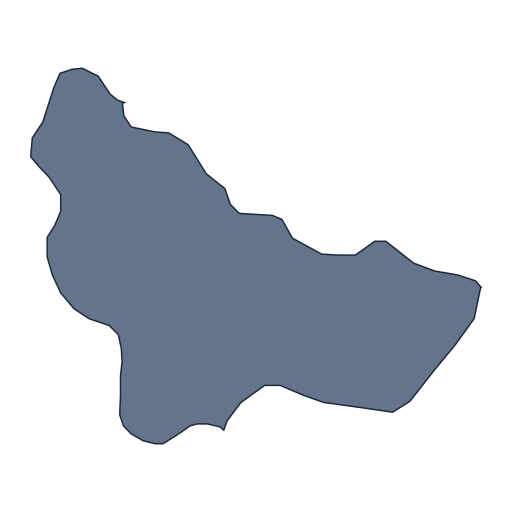 the border of Mogila
{"feature_id": "MKD-2945", "entity_name": "Mogila", "entity_type": "Statistical Region", "adm_level": 1, "iso_a3": "MKD", "parent_name": "North Macedonia", "parent_adm1": "", "projection": "mercator", "projection_center": [21.416, 41.17], "detail": "fine", "context": "isolated", "style": "filled", "palette": "slate", "viewbox_px": 512, "rotation_deg": 0, "n_neighbors": 0, "source": "natural_earth", "source_scale": "10m", "svg_char_len": 1074}
<svg xmlns="http://www.w3.org/2000/svg" viewBox="0 0 512 512"><path d="M82.4,68.3L98.2,76.2L110.1,94.1L117.5,100.1L124.3,102.6L122.4,103.1L123.9,116.0L131.3,127.0L154.6,131.9L168.7,132.9L188.2,144.8L206.2,173.7L224.9,188.6L230.4,204.5L239.3,213.4L255.8,214.4L272.3,215.4L281.9,219.4L292.5,238.2L321.6,254.1L338.1,255.1L355.2,255.1L366.5,247.2L374.7,241.3L385.9,241.3L413.5,263.1L434.6,271.0L457.7,275.0L475.6,280.9L481.3,287.5L480.5,288.1L474.2,318.5L455.8,344.1L433.8,370.8L409.9,401.3L392.6,412.2L359.6,407.4L323.8,402.5L303.2,395.2L280.2,385.4L264.6,385.4L240.9,402.5L227.1,420.8L223.8,430.2L220.0,426.9L207.3,423.9L197.5,423.9L190.0,425.9L178.8,433.8L163.1,443.7L154.9,443.7L143.0,440.7L131.0,433.8L123.5,425.9L119.7,414.9L120.5,395.1L120.5,376.2L122.1,361.3L121.3,348.5L118.3,334.6L109.3,325.6L89.0,318.7L74.1,308.8L60.7,292.9L52.4,275.0L47.2,257.1L47.2,237.3L54.8,225.3L60.7,211.4L60.7,194.6L49.4,177.6L47.2,175.2L39.1,166.7L30.7,156.7L32.3,137.9L42.8,122.0L54.0,87.2L60.0,73.3L71.9,69.3L78.7,68.6L82.4,68.3Z" fill="#64748b" stroke="#1e293b" stroke-width="1.5"/></svg>